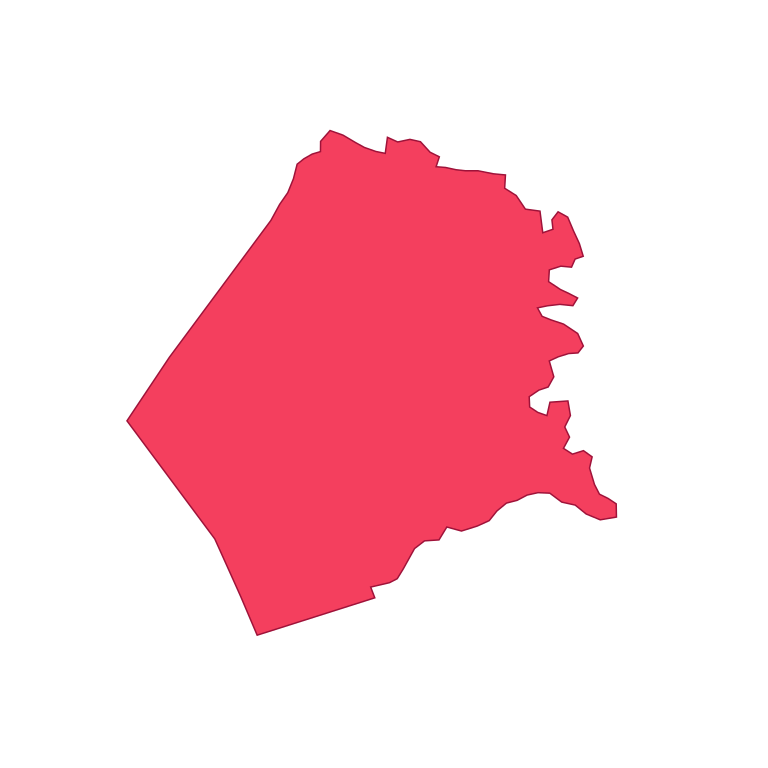 the district of Itabi, Sergipe, Brazil, rotated 146°
{"feature_id": "56859067B58035977346171", "entity_name": "Itabi", "entity_type": "district", "adm_level": 2, "iso_a3": "BRA", "parent_name": "Brazil", "parent_adm1": "Sergipe", "projection": "natural_earth1", "projection_center": [-37.181, -10.102], "detail": "fine", "context": "isolated", "style": "filled", "palette": "rose", "viewbox_px": 768, "rotation_deg": 146, "n_neighbors": 0, "source": "geoboundaries", "source_scale": "gbopen_adm2", "svg_char_len": 1515}
<svg xmlns="http://www.w3.org/2000/svg" viewBox="0 0 768 768"><g transform="rotate(146 384 384)"><path d="M617.7,497.2L610.9,350.2L619.0,303.0L621.8,287.0L629.6,246.7L511.2,211.9L508.6,223.1L490.5,216.2L481.9,215.2L471.5,219.9L450.7,230.5L438.1,231.3L425.6,224.0L411.9,230.3L402.0,218.8L386.2,214.1L373.2,211.9L361.4,215.6L349.1,216.8L338.7,213.1L327.5,211.9L317.1,207.8L307.6,200.8L302.7,186.7L293.2,176.7L289.1,163.2L280.7,150.5L265.7,143.7L258.5,154.8L262.2,163.8L267.0,172.2L265.7,183.0L260.6,199.4L252.2,207.2L255.9,217.2L267.0,220.5L271.2,230.3L259.9,236.2L258.2,247.3L247.1,253.6L241.0,267.1L256.6,276.1L266.6,266.7L272.4,274.5L276.1,283.5L270.7,292.3L258.9,292.3L249.6,289.7L239.2,295.0L234.1,310.7L224.3,309.1L213.9,306.0L205.8,301.3L197.5,304.0L195.2,317.5L201.6,333.2L209.8,343.9L215.1,351.7L214.2,361.3L204.7,357.4L193.7,351.7L183.6,343.3L175.4,347.0L179.9,355.3L184.9,363.7L190.3,376.8L183.1,386.2L171.5,382.8L163.2,376.0L155.7,380.7L147.4,378.5L143.5,391.2L141.3,404.9L138.4,419.6L143.4,429.4L153.0,426.2L157.4,417.8L167.8,420.6L158.0,440.1L169.0,449.9L169.0,466.3L174.5,478.8L166.4,489.4L175.9,497.2L186.8,508.2L197.2,515.2L204.4,521.3L211.9,529.1L219.3,535.0L211.1,541.4L216.2,550.4L218.3,564.5L225.7,572.3L237.3,577.0L243.2,586.6L254.0,574.5L260.7,581.3L268.0,591.1L272.6,600.1L278.8,613.2L287.0,624.3L300.9,620.6L306.7,612.2L315.0,614.8L324.5,615.5L333.1,614.8L344.3,604.8L356.8,596.4L370.0,591.3L386.2,582.9L546.9,526.2L617.7,497.2Z" fill="#f43f5e" stroke="#9f1239" stroke-width="1.5"/></g></svg>